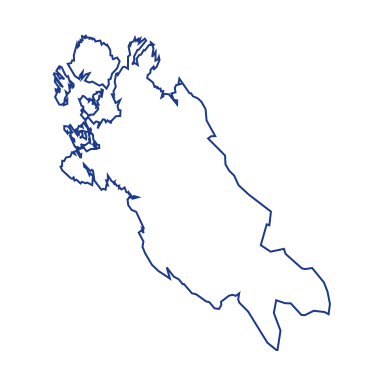 Os nor, Hordaland, Norway, rotated 87°
{"feature_id": "86288312B99631604465694", "entity_name": "Os nor", "entity_type": "district", "adm_level": 2, "iso_a3": "NOR", "parent_name": "Norway", "parent_adm1": "Hordaland", "projection": "equal_earth", "projection_center": [5.41, 60.23], "detail": "fine", "context": "isolated", "style": "outline", "palette": "blue", "viewbox_px": 384, "rotation_deg": 87, "n_neighbors": 0, "source": "geoboundaries", "source_scale": "gbopen_adm2", "svg_char_len": 5921}
<svg xmlns="http://www.w3.org/2000/svg" viewBox="0 0 384 384"><g transform="rotate(87 192 192)"><path d="M311.0,60.1L298.6,61.9L289.2,65.0L274.2,76.0L274.9,83.1L274.0,86.3L258.8,101.7L253.6,103.2L255.7,116.6L248.7,126.1L228.2,119.1L229.3,116.5L215.7,114.2L197.7,135.3L187.7,145.1L177.9,149.0L172.6,153.8L166.2,157.1L157.3,157.1L139.4,173.1L137.3,169.9L137.4,165.9L121.3,173.7L110.0,174.1L102.6,177.7L98.8,181.3L96.3,186.2L93.4,187.7L93.3,189.3L78.1,198.7L83.0,199.8L83.6,197.9L84.5,202.3L87.1,203.7L91.6,203.3L92.6,207.4L98.9,205.5L99.8,202.0L103.8,202.3L93.2,210.0L92.4,215.3L95.0,215.6L96.1,217.6L89.7,215.5L89.9,217.6L87.1,218.0L87.3,219.5L85.6,220.9L86.3,221.5L84.6,222.7L85.1,223.9L80.6,225.2L75.8,230.8L72.9,230.1L70.8,227.4L67.6,226.9L65.6,224.8L66.7,224.1L65.2,223.5L66.9,222.9L65.4,220.9L58.5,217.5L55.2,218.0L57.8,219.2L58.9,221.6L50.0,221.0L55.0,224.7L46.7,223.0L43.8,223.8L43.0,222.4L40.4,225.3L43.0,225.4L42.9,227.1L48.2,231.7L47.6,232.7L52.1,235.7L52.5,237.6L56.1,240.4L62.3,239.5L60.0,242.8L61.6,245.1L57.6,242.8L53.6,242.7L47.2,239.0L47.1,237.7L38.4,229.9L36.4,231.1L40.8,237.2L36.1,235.7L37.2,237.2L35.2,236.7L37.8,238.2L36.9,238.5L38.3,240.0L35.1,240.9L38.4,242.3L39.3,244.6L42.1,245.8L40.5,246.3L43.2,247.7L51.8,246.6L53.4,248.8L65.6,249.5L63.4,252.6L63.8,254.7L71.2,259.9L69.6,260.4L70.2,261.7L77.8,263.4L82.9,262.6L87.5,265.2L90.6,264.7L90.4,266.1L92.1,265.4L91.4,266.5L99.1,263.6L96.4,259.0L102.2,261.9L106.3,261.0L106.7,259.1L112.3,259.7L112.4,264.1L116.8,268.7L119.5,269.7L116.8,269.3L117.6,271.1L116.0,272.6L117.8,274.4L115.1,275.4L114.8,277.2L123.6,283.0L117.7,281.0L116.5,284.0L118.7,286.6L112.1,291.7L113.5,293.7L116.1,294.9L119.5,293.7L124.6,291.3L123.4,290.0L124.7,289.5L127.3,291.4L128.1,290.5L126.4,290.4L129.8,287.9L134.4,287.8L139.9,284.1L140.2,282.3L143.3,282.3L143.5,284.6L137.4,287.4L139.5,288.2L144.0,285.9L143.8,290.8L145.9,295.1L141.9,297.9L143.4,302.4L144.1,302.0L142.9,303.4L143.3,305.5L143.6,304.1L148.9,301.7L148.4,300.6L150.6,300.9L149.9,301.4L151.1,302.0L144.9,305.3L145.7,307.9L148.1,306.9L146.2,309.8L150.3,311.7L151.0,316.0L154.4,318.0L154.0,319.9L159.3,320.4L159.8,322.0L163.5,320.5L172.0,312.2L172.5,310.9L171.2,309.5L174.4,308.8L173.7,306.7L177.6,302.9L176.1,301.4L177.7,297.8L177.1,296.2L179.9,291.3L171.0,290.1L168.1,292.5L169.8,293.5L163.4,295.8L161.2,298.3L158.5,298.5L165.7,292.4L164.6,290.8L165.8,289.7L175.4,288.9L185.1,282.3L184.1,280.5L185.1,278.2L180.3,277.0L180.9,275.6L175.9,277.1L176.2,275.4L171.0,275.2L176.8,271.8L178.2,270.1L177.6,268.9L179.1,269.7L180.9,268.5L179.3,268.8L179.1,268.5L182.0,266.6L181.8,264.3L184.4,264.7L183.9,263.9L185.8,262.3L184.0,259.1L188.7,257.6L189.0,255.8L190.1,255.5L191.2,254.9L189.5,254.9L194.6,251.3L193.0,250.1L194.4,246.2L195.6,251.8L193.3,253.2L194.1,254.0L193.3,254.5L196.1,256.4L195.1,256.8L201.7,256.4L206.7,253.3L208.9,248.8L225.5,242.1L226.8,242.5L225.9,243.6L230.4,242.4L227.7,244.5L229.8,247.3L238.8,243.1L244.2,244.3L250.5,242.1L262.5,235.9L269.0,229.8L277.3,218.6L266.0,221.2L275.5,214.7L278.5,209.8L283.6,206.1L283.4,205.0L293.1,197.4L294.3,193.3L302.1,183.4L302.8,180.6L309.3,175.6L310.2,171.2L306.5,168.7L303.1,168.7L297.5,160.5L296.8,156.9L298.0,153.7L295.7,150.2L301.6,151.5L304.8,150.7L314.3,142.2L346.5,124.6L354.2,116.0L354.3,114.9L335.1,110.9L317.1,116.6L304.5,113.6L307.9,105.0L308.4,99.2L320.5,89.2L320.9,85.7L317.0,76.7L318.8,66.0L321.2,62.0L311.0,60.1ZM57.6,257.4L53.8,259.7L55.3,263.8L54.6,264.3L51.6,264.6L51.3,266.3L46.0,266.2L40.4,269.0L41.0,269.9L38.5,272.4L40.1,274.5L36.0,275.6L36.6,280.5L34.1,281.6L33.4,283.2L35.1,283.1L33.0,284.2L33.6,286.2L32.5,286.1L32.3,288.7L30.8,289.6L33.5,291.0L31.0,290.9L31.9,293.0L29.7,293.9L35.6,293.1L34.5,293.9L36.0,294.5L34.7,295.4L36.5,295.8L36.0,297.2L39.9,297.0L41.4,298.5L38.2,299.2L49.4,302.9L54.6,302.9L54.3,304.8L56.9,305.9L57.5,309.4L69.8,303.0L73.1,298.9L71.8,298.7L71.7,296.3L70.4,296.1L71.3,296.7L69.6,297.7L66.3,294.9L73.4,296.3L68.9,291.9L68.0,288.1L75.2,293.1L77.3,288.9L76.5,285.9L80.9,278.9L79.8,275.6L84.3,271.9L80.0,269.4L75.4,269.5L74.9,267.4L69.5,265.5L64.5,260.3L57.6,257.4ZM79.1,307.4L81.5,305.6L80.7,304.8L78.1,304.6L75.2,307.4L77.0,307.1L75.8,308.2L69.9,309.7L70.5,310.7L68.4,312.4L60.6,315.6L59.6,317.6L61.7,317.9L60.7,318.9L63.9,321.1L72.6,313.5L71.2,316.7L72.0,317.9L67.2,320.6L66.2,323.3L67.4,323.9L80.7,315.3L78.3,317.6L79.5,318.4L78.1,317.6L71.5,322.7L74.6,323.3L82.2,318.5L85.3,319.1L84.2,321.4L82.8,320.4L81.9,320.6L83.6,322.4L82.6,322.5L82.4,322.8L83.8,322.7L85.4,321.4L90.0,323.7L97.5,320.1L98.2,318.0L96.6,315.4L98.6,315.5L97.4,311.9L92.6,311.7L95.8,314.8L91.6,314.0L89.2,311.9L85.3,312.7L87.2,310.7L85.3,308.7L79.1,309.2L80.2,308.3L78.7,308.5L79.1,307.4ZM134.3,292.0L134.8,291.1L123.1,292.7L117.1,296.6L119.1,298.4L121.5,297.9L120.1,299.4L121.0,299.7L120.1,301.5L124.1,303.4L122.9,305.1L125.9,303.5L125.0,298.4L126.5,294.1L127.8,295.8L130.5,294.5L133.8,295.2L131.2,298.2L132.3,301.2L129.7,298.2L126.9,298.6L126.1,300.0L126.7,301.7L129.0,302.1L127.9,303.8L128.8,303.8L118.7,310.1L120.4,311.4L127.2,308.0L120.2,312.0L119.5,316.1L123.0,316.3L126.0,314.0L125.1,313.4L127.1,313.0L125.9,311.5L126.4,310.3L130.6,310.0L133.1,306.9L135.0,306.8L133.9,308.3L128.4,311.4L141.1,306.4L139.8,306.6L141.6,305.5L141.0,304.0L142.5,301.9L140.8,299.3L138.1,300.5L141.1,297.7L139.3,297.7L139.6,296.0L137.0,292.4L137.9,291.0L134.3,292.0ZM92.2,277.2L85.6,275.6L84.8,277.0L89.4,277.6L87.0,279.3L87.2,282.0L88.5,281.8L89.6,285.1L91.9,286.0L94.8,284.6L94.5,286.1L99.3,283.3L100.2,283.8L97.9,285.4L99.5,287.1L97.4,285.8L95.9,286.6L94.5,288.4L96.1,290.2L93.6,289.8L94.3,291.3L90.7,294.9L90.3,296.0L94.0,298.8L93.5,299.9L100.1,297.8L101.0,296.1L104.4,296.1L108.6,292.5L103.5,297.3L104.9,298.4L106.7,297.1L109.2,298.9L113.8,295.4L112.0,291.8L109.3,291.8L110.3,290.1L109.3,288.9L109.7,286.5L104.3,281.3L102.4,281.5L102.8,283.3L100.0,282.4L100.0,280.7L96.3,282.0L94.3,280.0L91.0,279.5L92.2,277.2Z" fill="none" stroke="#1e3a8a" stroke-width="2"/></g></svg>